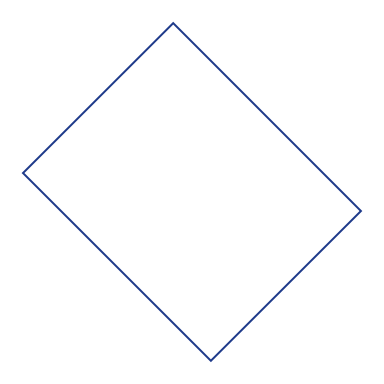 outline of Chickasaw, Iowa, United States of America, rotated 225°
{"feature_id": "52423323B57117017215517", "entity_name": "Chickasaw", "entity_type": "district", "adm_level": 2, "iso_a3": "USA", "parent_name": "United States of America", "parent_adm1": "Iowa", "projection": "robinson", "projection_center": [-92.239, 43.06], "detail": "fine", "context": "isolated", "style": "outline", "palette": "blue", "viewbox_px": 384, "rotation_deg": 225, "n_neighbors": 0, "source": "geoboundaries", "source_scale": "gbopen_adm2", "svg_char_len": 234}
<svg xmlns="http://www.w3.org/2000/svg" viewBox="0 0 384 384"><g transform="rotate(225 192 192)"><path d="M324.8,176.2L324.9,85.9L59.3,86.0L59.1,298.0L324.7,298.1L324.8,176.2Z" fill="none" stroke="#1e3a8a" stroke-width="2"/></g></svg>